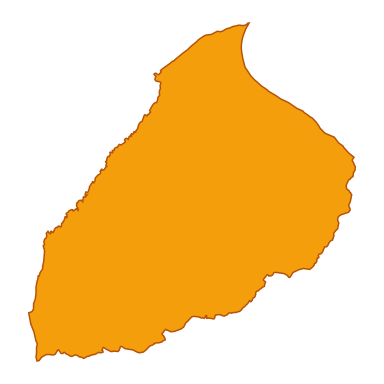 Adi Quala, Debub, Eritrea (Natural Earth projection)
{"feature_id": "51966322B57364805304830", "entity_name": "Adi Quala", "entity_type": "district", "adm_level": 2, "iso_a3": "ERI", "parent_name": "Eritrea", "parent_adm1": "Debub", "projection": "natural_earth1", "projection_center": [38.835, 14.613], "detail": "fine", "context": "isolated", "style": "filled", "palette": "amber", "viewbox_px": 384, "rotation_deg": 0, "n_neighbors": 0, "source": "geoboundaries", "source_scale": "gbopen_adm2", "svg_char_len": 5914}
<svg xmlns="http://www.w3.org/2000/svg" viewBox="0 0 384 384"><path d="M249.1,23.0L248.0,23.1L245.9,25.0L242.8,25.6L239.9,25.2L237.8,25.3L236.3,25.9L233.5,26.3L229.7,27.9L226.5,28.8L222.3,31.2L220.5,31.7L217.3,31.3L211.4,34.4L206.0,35.1L203.8,36.1L198.6,39.6L196.6,41.7L190.9,46.4L187.6,49.7L183.2,52.9L174.8,59.8L174.3,60.7L172.3,61.4L170.3,63.2L162.5,68.8L160.5,70.5L161.1,72.0L158.9,74.5L157.8,74.6L155.9,73.2L154.5,73.6L154.1,74.0L154.1,74.6L155.9,76.5L155.1,78.4L154.9,79.6L155.4,80.4L156.2,81.1L159.8,81.8L160.8,82.6L160.8,83.4L160.1,85.4L160.4,88.9L159.6,90.3L159.3,92.0L159.6,95.4L158.0,97.2L157.3,101.1L156.4,102.6L155.4,102.6L153.8,103.6L152.2,105.8L149.6,110.5L150.6,112.0L149.5,113.0L149.1,114.0L147.6,114.7L147.3,115.7L146.9,115.8L144.9,114.7L144.3,115.2L142.3,120.9L141.6,121.7L140.4,122.1L138.7,124.6L137.5,128.9L136.0,130.6L136.0,131.7L135.0,132.5L134.7,131.9L134.0,131.7L132.8,134.3L131.5,133.8L130.7,135.0L131.5,136.0L131.0,136.4L130.4,136.1L129.5,136.2L129.0,136.9L128.6,138.6L128.2,139.4L126.8,138.3L125.9,138.4L124.6,139.5L124.6,140.2L125.2,141.1L125.3,142.1L120.9,145.0L119.5,144.4L118.4,145.3L118.0,146.6L117.1,147.5L116.7,147.3L115.7,147.6L114.8,148.3L114.4,148.7L114.3,150.0L114.1,150.4L112.4,150.4L112.7,152.5L112.2,152.8L110.8,152.1L110.0,152.3L109.9,152.9L110.3,154.6L109.0,156.7L108.2,156.3L107.6,156.9L106.9,158.5L106.7,160.7L105.6,161.6L105.7,162.1L106.6,162.5L106.7,163.2L105.9,165.0L106.1,165.5L106.8,166.0L106.8,166.6L105.8,166.9L104.9,168.7L104.0,169.7L102.5,170.2L102.1,170.1L101.8,169.2L101.2,169.6L100.1,171.3L100.7,172.1L100.6,172.9L99.7,174.3L98.1,174.9L95.7,177.5L95.2,178.4L95.0,180.8L94.0,182.6L93.4,182.8L93.0,181.8L92.5,181.7L92.2,182.7L91.1,184.0L90.4,185.6L89.5,186.5L89.3,188.6L88.6,190.1L88.1,192.0L87.4,192.5L86.0,191.9L85.1,194.2L85.1,195.0L87.1,195.0L84.9,197.3L83.8,196.7L83.4,197.0L82.7,201.8L82.2,201.5L82.0,200.5L81.6,200.2L79.5,200.4L78.2,201.3L78.1,202.1L77.8,202.5L76.8,203.0L77.2,203.7L76.6,204.4L76.5,205.5L76.9,206.8L77.9,208.1L77.8,208.7L78.3,209.8L78.1,210.4L76.8,208.9L76.3,208.7L73.6,210.9L73.0,210.8L72.7,209.8L71.8,209.6L69.1,210.7L68.0,212.3L66.3,213.3L66.1,213.9L66.9,214.8L67.0,217.1L66.6,217.5L66.0,216.6L65.5,216.6L64.9,217.0L65.0,218.3L64.5,218.9L64.1,220.4L63.2,221.4L63.0,222.5L62.1,222.9L61.5,223.8L61.4,226.5L60.7,226.9L58.8,226.0L58.3,226.1L57.8,227.1L57.3,227.5L56.5,227.3L55.3,228.2L54.4,229.7L53.4,232.2L52.5,232.5L51.9,231.6L51.2,231.2L50.5,231.6L50.7,233.5L50.3,233.8L48.9,232.9L48.0,231.3L46.3,233.2L46.8,236.0L45.7,238.6L44.7,239.0L44.5,239.4L43.8,242.1L44.6,244.0L44.3,244.7L43.3,245.5L43.7,248.1L44.4,249.1L44.5,252.0L43.8,260.8L42.6,266.8L42.6,268.8L40.2,272.5L39.1,275.9L38.7,275.6L38.3,275.8L38.0,276.6L37.9,278.8L37.1,281.2L36.0,287.0L36.0,294.1L35.1,299.8L33.6,303.5L33.5,309.1L32.0,311.6L28.7,312.8L30.8,324.0L34.0,332.1L35.9,340.7L37.3,343.9L36.5,347.7L36.5,353.8L36.0,356.8L37.0,361.0L38.1,360.9L39.2,360.5L41.6,357.2L46.1,354.6L50.1,354.5L52.0,355.0L54.4,354.7L55.4,354.0L57.1,351.0L58.1,349.8L58.6,349.9L60.8,353.1L61.5,353.6L63.0,353.4L63.5,352.7L64.3,352.3L65.0,352.8L65.7,353.6L68.5,354.9L70.4,356.2L71.2,356.3L72.3,356.3L74.4,355.1L76.1,354.9L78.3,356.0L78.8,356.7L82.1,357.3L83.5,358.4L85.8,357.4L87.2,356.4L89.3,356.2L90.3,355.4L95.4,354.2L98.8,352.3L100.4,352.9L103.0,352.2L102.9,351.0L101.9,350.2L102.7,348.9L102.8,347.9L103.8,347.4L105.8,349.0L111.1,351.6L112.3,351.6L113.4,351.1L118.0,351.5L119.1,350.5L120.3,347.0L121.1,346.4L122.5,346.8L124.8,348.6L132.9,349.9L137.3,352.2L139.3,352.8L143.5,352.0L146.3,349.7L149.7,346.1L152.5,345.0L153.7,344.3L154.0,343.6L154.5,343.8L156.1,342.8L158.5,342.9L161.9,342.0L162.6,341.1L165.2,339.9L165.3,339.3L163.9,336.3L162.2,334.5L162.1,333.8L165.2,329.6L165.9,329.4L166.5,330.1L167.1,330.0L171.0,331.8L174.4,331.4L181.0,329.0L183.7,327.0L186.2,322.2L187.5,321.5L191.5,317.1L193.6,316.3L197.8,316.8L199.6,317.2L201.1,318.0L202.5,317.8L204.2,318.4L204.7,317.9L205.9,315.5L206.6,315.7L206.8,316.4L206.5,317.9L206.7,318.4L209.1,318.1L213.6,318.9L214.1,318.8L214.9,317.3L215.0,315.7L216.2,314.9L220.3,314.6L221.8,315.5L224.2,316.1L227.2,314.8L229.0,312.9L229.8,312.7L231.4,313.2L233.6,312.5L236.6,312.4L238.2,311.6L239.5,311.5L241.4,309.9L243.1,307.5L244.7,306.6L245.8,305.2L246.6,304.7L248.4,302.6L249.3,301.0L249.7,300.6L250.5,301.7L251.0,301.6L251.6,301.0L252.2,300.3L252.8,298.3L254.2,297.5L255.0,296.6L255.7,294.6L255.7,292.6L256.7,291.2L258.3,290.9L259.6,289.4L261.3,288.4L262.3,287.3L264.4,286.4L264.7,284.1L265.6,282.1L265.2,281.5L263.6,280.4L263.4,279.7L264.0,278.6L267.2,274.7L267.9,274.8L268.8,276.0L270.9,275.9L272.5,275.1L273.8,272.7L274.3,272.4L277.7,272.6L284.1,273.6L287.3,275.4L288.8,277.4L289.6,277.4L290.3,276.9L293.1,272.4L297.9,270.2L298.5,269.8L303.5,268.5L309.9,269.4L313.4,266.1L314.3,264.8L314.4,263.6L315.6,263.1L316.1,262.5L316.8,261.2L317.1,258.4L317.8,258.0L318.6,257.9L318.9,257.1L318.3,255.5L319.1,254.1L320.5,254.0L321.7,253.2L322.6,251.8L324.6,246.9L326.5,246.8L327.4,246.0L328.4,244.2L329.0,242.6L330.9,240.6L332.5,240.1L334.0,235.4L333.7,234.2L334.1,232.6L336.5,229.8L337.5,229.1L338.8,223.0L337.7,220.5L337.7,218.8L338.2,217.1L339.4,215.7L341.3,214.7L348.4,212.3L349.0,211.8L350.2,210.0L349.9,208.3L348.7,205.8L348.7,205.3L350.4,201.3L351.7,194.7L351.0,194.0L350.8,193.0L349.9,192.3L349.0,190.6L347.1,189.3L346.6,188.5L346.1,185.8L348.3,180.4L349.4,179.4L350.4,179.0L351.1,177.7L353.0,176.5L353.5,172.6L355.0,170.3L355.3,166.7L353.7,163.6L353.7,162.9L352.3,160.9L352.4,159.6L354.0,157.2L349.1,153.4L343.7,147.4L342.9,145.9L338.7,143.0L334.3,137.2L325.2,133.3L324.3,132.6L320.1,128.2L318.3,125.1L316.0,122.0L312.4,118.2L309.3,116.3L307.4,114.7L304.4,112.8L302.8,111.0L296.9,108.4L288.7,102.7L280.6,98.9L276.9,96.2L268.3,91.1L267.4,90.0L261.5,86.0L254.3,79.6L251.0,76.1L245.2,67.4L244.8,66.3L243.0,59.5L241.7,52.2L241.3,48.3L241.4,44.7L242.0,40.2L243.0,36.2L245.7,29.0L249.1,23.0Z" fill="#f59e0b" stroke="#b45309" stroke-width="1.5"/></svg>